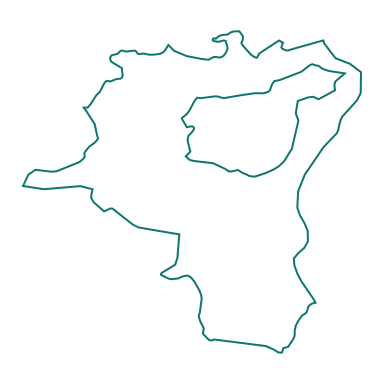 an SVG outline of Sankt Gallen
{"feature_id": "CHE-167", "entity_name": "Sankt Gallen", "entity_type": "Canton", "adm_level": 1, "iso_a3": "CHE", "parent_name": "Switzerland", "parent_adm1": "", "projection": "natural_earth1", "projection_center": [9.275, 47.209], "detail": "fine", "context": "isolated", "style": "outline", "palette": "teal", "viewbox_px": 384, "rotation_deg": 0, "n_neighbors": 0, "source": "natural_earth", "source_scale": "10m", "svg_char_len": 3393}
<svg xmlns="http://www.w3.org/2000/svg" viewBox="0 0 384 384"><path d="M323.4,40.4L324.1,43.3L335.5,58.2L349.9,63.8L361.0,72.2L360.7,93.1L356.9,100.5L342.0,116.9L340.2,121.3L338.2,129.9L336.8,133.3L323.6,147.0L311.2,165.3L304.8,174.6L301.9,181.9L298.2,191.2L297.8,197.7L297.3,207.8L300.2,215.9L301.4,217.8L304.4,223.0L307.7,230.9L307.9,241.4L304.2,247.9L298.3,253.2L293.8,258.5L294.2,263.1L294.3,265.0L297.2,273.3L301.5,281.5L313.4,298.9L315.5,302.7L312.6,303.4L310.3,304.6L308.5,306.3L307.1,310.9L306.0,313.0L302.4,315.4L300.4,317.6L297.8,321.7L295.8,325.6L294.6,331.4L294.8,333.8L294.4,336.3L293.3,339.0L288.2,346.8L283.3,348.2L282.2,352.2L281.0,352.7L278.2,352.4L273.9,349.6L266.0,346.1L214.1,339.5L212.4,340.3L210.4,340.3L209.0,340.0L202.9,333.7L203.7,329.1L203.3,327.3L200.3,321.4L198.9,317.0L198.8,315.2L199.5,313.7L199.9,312.5L201.7,298.3L201.1,294.8L199.4,290.5L194.3,281.4L191.1,277.6L188.0,275.6L185.2,275.8L182.3,276.6L178.0,278.5L170.8,279.2L168.3,278.5L161.1,274.9L160.9,274.0L161.8,272.8L175.2,264.7L177.4,257.8L179.3,234.4L138.7,227.5L132.8,224.6L112.5,208.6L110.3,208.5L104.1,211.4L93.8,202.4L91.3,198.3L91.2,197.0L91.5,194.0L92.6,189.3L80.5,186.1L44.1,189.2L23.0,186.0L28.4,174.6L35.5,169.8L51.4,171.7L56.5,171.3L79.2,162.2L82.8,159.3L84.6,157.0L84.4,153.0L86.5,149.9L89.4,146.6L94.4,142.9L96.8,140.4L98.0,138.5L96.9,134.6L94.7,124.1L85.5,109.8L83.8,107.7L87.7,107.5L90.9,103.8L96.2,95.4L100.0,91.6L104.3,83.2L105.8,81.4L107.5,80.8L109.0,81.3L110.3,81.4L111.8,81.0L113.6,80.1L115.5,79.4L117.6,78.9L120.3,78.7L121.7,77.9L122.4,76.7L122.6,75.1L122.0,70.1L122.0,68.3L111.3,61.7L110.5,60.1L110.1,57.6L111.4,55.5L113.7,54.7L115.8,54.3L117.4,53.8L120.7,50.8L122.0,50.5L125.1,51.4L127.4,51.5L134.1,50.6L135.3,50.8L136.4,51.7L137.1,53.0L138.0,53.8L139.2,54.1L142.6,53.6L144.1,53.6L148.9,54.7L153.7,54.7L160.1,53.8L163.2,52.3L165.0,50.4L168.4,45.0L174.2,50.9L186.8,56.1L201.9,59.0L208.7,59.8L210.2,58.8L213.7,57.1L215.9,56.9L219.2,57.6L221.8,56.9L223.9,55.5L225.3,53.6L226.2,52.1L227.7,48.3L225.7,41.0L224.5,40.6L222.8,40.6L220.7,41.3L218.3,41.8L214.2,41.2L212.8,40.4L212.7,39.2L213.4,38.5L214.1,38.3L215.0,38.7L215.6,38.7L216.6,38.2L217.8,36.9L219.3,35.9L221.7,35.2L223.9,34.8L227.1,34.6L228.2,34.2L230.1,32.7L231.9,32.0L233.8,31.4L239.3,31.3L242.9,36.2L242.9,38.2L242.7,40.0L241.4,42.7L242.3,45.0L250.9,54.6L254.3,57.0L256.8,57.8L259.5,53.3L279.1,40.5L283.0,42.7L281.3,47.3L281.7,47.9L282.1,48.6L285.9,50.4L287.4,50.5L289.2,50.2L292.7,49.0L323.3,40.4L323.4,40.4ZM298.4,120.7L295.8,113.3L297.8,101.0L308.2,97.4L313.1,96.8L318.6,99.2L335.1,90.3L334.4,85.8L335.0,82.2L335.9,81.0L344.8,73.4L329.0,71.0L323.0,69.0L321.8,68.3L319.2,66.3L318.1,65.8L314.8,65.1L314.0,64.8L313.1,64.3L311.6,64.4L309.5,65.4L301.4,71.7L282.1,79.2L278.8,80.3L274.3,81.1L272.2,84.2L271.0,87.2L270.3,89.8L268.0,92.0L263.4,93.3L254.9,93.2L241.0,95.2L223.5,98.2L217.3,96.4L214.5,96.4L200.7,98.2L197.2,97.7L195.9,99.1L193.9,102.0L190.1,109.3L187.2,113.7L182.4,117.6L181.8,118.6L186.8,127.2L190.6,126.4L192.3,126.4L193.6,127.2L194.1,128.9L192.4,131.5L191.1,133.2L188.6,135.5L187.9,137.5L187.6,140.6L190.3,151.6L185.8,156.3L188.7,159.2L190.3,160.1L193.9,161.0L213.1,163.2L225.0,168.8L229.0,171.5L230.1,171.4L231.4,171.5L237.9,170.0L243.0,173.2L246.4,174.4L249.1,175.9L252.5,176.5L254.9,176.6L265.9,173.0L273.4,169.6L279.0,166.2L284.3,161.0L291.9,148.7L298.4,120.7Z" fill="none" stroke="#0f766e" stroke-width="2"/></svg>